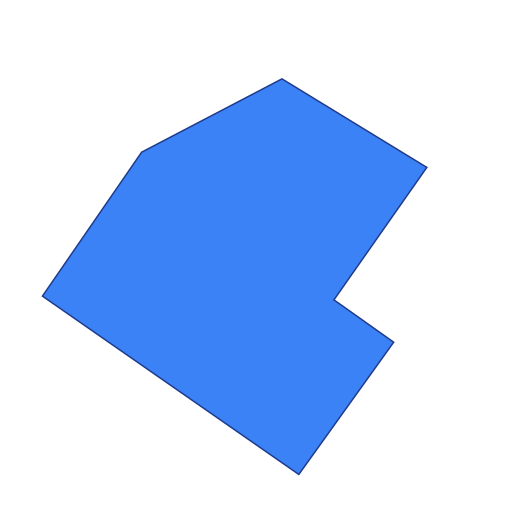 outline of Fayette, Ohio, United States of America, rotated 211°
{"feature_id": "52423323B90080084315603", "entity_name": "Fayette", "entity_type": "district", "adm_level": 2, "iso_a3": "USA", "parent_name": "United States of America", "parent_adm1": "Ohio", "projection": "natural_earth1", "projection_center": [-83.482, 39.547], "detail": "fine", "context": "isolated", "style": "filled", "palette": "blue", "viewbox_px": 512, "rotation_deg": 211, "n_neighbors": 0, "source": "geoboundaries", "source_scale": "gbopen_adm2", "svg_char_len": 277}
<svg xmlns="http://www.w3.org/2000/svg" viewBox="0 0 512 512"><g transform="rotate(211 256 256)"><path d="M325.0,421.2L407.5,286.1L418.4,111.6L106.8,90.8L93.6,253.0L159.4,258.0L166.6,258.5L155.2,419.9L325.0,421.2Z" fill="#3b82f6" stroke="#1e3a8a" stroke-width="1.5"/></g></svg>